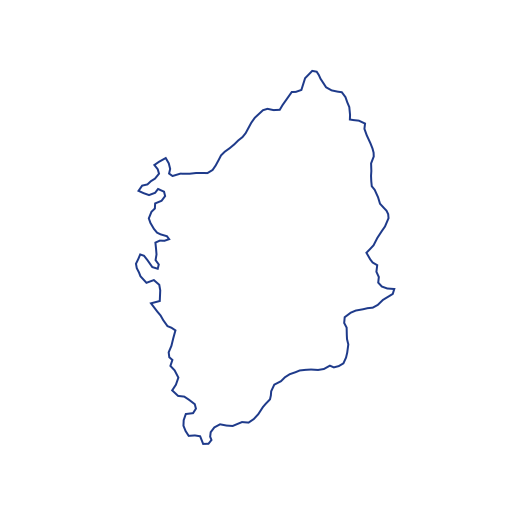 Nuporanga, São Paulo, Brazil, rotated 221°
{"feature_id": "56859067B16762303364783", "entity_name": "Nuporanga", "entity_type": "district", "adm_level": 2, "iso_a3": "BRA", "parent_name": "Brazil", "parent_adm1": "São Paulo", "projection": "natural_earth1", "projection_center": [-47.722, -20.7], "detail": "fine", "context": "isolated", "style": "outline", "palette": "blue", "viewbox_px": 512, "rotation_deg": 221, "n_neighbors": 0, "source": "geoboundaries", "source_scale": "gbopen_adm2", "svg_char_len": 2658}
<svg xmlns="http://www.w3.org/2000/svg" viewBox="0 0 512 512"><g transform="rotate(221 256 256)"><path d="M392.4,258.0L387.1,257.0L383.2,254.5L383.0,248.1L384.4,243.5L384.9,238.8L388.1,234.4L387.4,228.1L382.0,229.7L376.7,231.8L373.6,237.5L373.9,242.3L367.6,244.2L363.9,241.6L363.5,235.7L366.6,229.5L363.5,225.5L363.9,220.8L361.6,214.1L357.4,211.7L350.9,209.5L346.0,208.7L342.3,209.7L336.2,212.5L332.6,211.7L335.1,207.4L338.7,204.5L340.7,200.1L336.2,195.9L332.1,191.9L329.1,187.0L323.8,185.8L321.8,181.9L327.0,179.6L335.4,181.7L340.7,182.7L344.4,181.2L342.9,176.6L341.5,171.4L338.0,168.6L333.5,166.8L329.9,164.9L321.1,163.9L317.3,170.8L310.1,170.8L305.7,167.2L299.1,158.9L304.2,151.4L294.1,149.3L289.0,148.5L283.9,146.7L276.8,145.0L272.7,146.4L268.0,147.0L264.5,139.7L260.9,132.7L258.7,126.0L255.0,122.7L250.9,122.7L248.5,116.9L242.4,116.3L234.8,113.3L232.0,106.3L231.1,99.6L223.0,99.3L217.9,102.8L212.6,103.5L205.0,104.0L201.2,101.4L200.4,96.1L205.3,90.7L202.9,84.7L199.4,80.3L194.3,77.7L188.8,76.1L184.4,80.5L179.9,83.3L172.6,79.5L168.7,83.1L168.9,87.9L172.1,89.6L174.6,93.3L175.0,99.3L172.7,105.4L167.0,108.7L162.1,112.4L159.8,117.1L157.6,121.5L152.3,125.4L150.7,131.5L150.5,138.1L151.7,146.7L151.7,151.0L151.4,157.0L153.3,160.5L155.8,163.9L157.8,170.9L155.0,177.9L154.6,183.5L153.0,188.9L149.9,194.3L147.9,198.3L144.0,202.5L140.0,206.4L134.4,210.7L130.6,215.3L128.3,221.7L124.2,223.0L121.3,227.2L119.6,232.3L121.4,238.4L123.7,242.8L128.3,249.8L132.8,253.0L135.5,255.8L140.6,261.4L145.5,263.3L148.9,268.0L147.3,275.4L144.9,280.3L140.3,286.0L137.5,289.9L134.0,293.6L132.0,299.0L131.4,306.2L127.9,317.1L130.0,321.8L135.6,317.6L141.0,315.5L146.3,316.1L149.5,320.7L154.8,323.1L158.5,328.6L163.7,327.6L167.6,328.4L174.8,330.9L174.5,335.6L174.3,341.2L176.3,349.3L177.4,357.3L178.0,362.9L180.8,371.5L183.7,374.3L187.2,375.8L191.3,376.2L196.7,376.8L202.4,380.4L205.9,382.0L209.8,383.8L214.4,384.6L218.1,388.1L221.8,392.0L224.7,395.8L229.9,401.4L232.4,408.3L235.0,411.1L238.5,413.5L243.3,416.0L251.7,419.8L257.6,423.1L260.6,427.5L267.2,425.6L271.5,422.6L274.7,420.6L277.6,424.2L283.3,429.6L288.0,431.9L292.7,434.6L298.7,435.9L302.2,433.6L307.6,430.6L313.8,429.3L323.6,432.1L327.3,433.8L331.1,434.9L335.0,432.6L335.6,422.4L330.7,411.1L333.6,406.0L336.6,403.2L335.0,387.4L334.0,381.9L338.5,377.6L343.9,374.6L346.4,370.6L347.6,359.6L347.0,353.5L344.4,341.9L344.2,337.0L345.2,331.6L345.6,326.3L346.6,320.1L348.0,314.2L348.4,309.0L347.2,304.1L345.8,297.8L345.2,292.4L347.0,286.8L351.1,283.3L355.7,279.3L360.2,274.4L367.2,268.4L371.5,261.6L375.7,261.2L377.9,265.4L382.6,268.7L388.4,270.7L391.0,263.5L392.4,258.0Z" fill="none" stroke="#1e3a8a" stroke-width="2"/></g></svg>